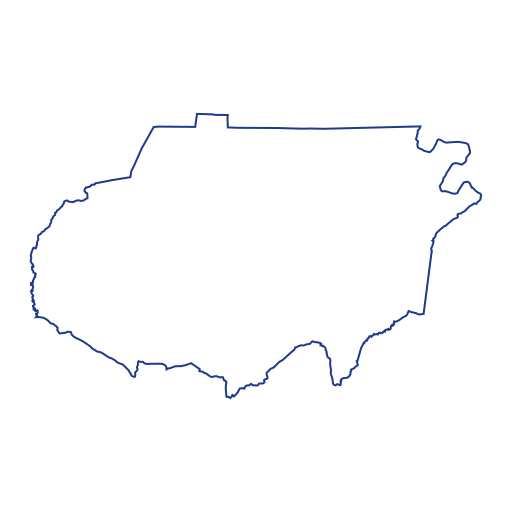 Bongo, Upper East, Ghana (Albers equal-area conic projection)
{"feature_id": "2480657B66034837272834", "entity_name": "Bongo", "entity_type": "district", "adm_level": 2, "iso_a3": "GHA", "parent_name": "Ghana", "parent_adm1": "Upper East", "projection": "albers", "projection_center": [-0.813, 10.917], "detail": "fine", "context": "isolated", "style": "outline", "palette": "blue", "viewbox_px": 512, "rotation_deg": 0, "n_neighbors": 0, "source": "geoboundaries", "source_scale": "gbopen_adm2", "svg_char_len": 5968}
<svg xmlns="http://www.w3.org/2000/svg" viewBox="0 0 512 512"><path d="M228.6,396.8L230.2,398.1L231.9,396.3L232.3,395.0L232.5,394.9L233.7,396.4L234.2,396.3L237.5,392.7L239.8,388.5L242.6,388.1L243.8,388.7L244.4,388.5L245.2,386.7L245.9,385.9L246.7,385.5L249.0,385.4L251.1,383.9L253.0,385.3L257.5,385.5L259.2,383.5L261.2,383.6L263.6,383.2L264.5,381.9L264.0,380.3L264.5,379.6L267.3,378.6L267.6,378.0L266.5,373.4L266.8,372.6L267.6,371.7L268.5,371.2L268.9,370.5L270.5,368.9L273.7,367.5L279.3,361.9L282.8,359.9L290.8,352.6L293.8,350.2L294.6,349.2L295.1,347.6L295.9,347.2L296.6,347.3L298.1,346.3L301.0,345.3L303.8,345.5L306.4,344.4L309.8,343.9L312.3,341.3L315.5,342.2L317.3,342.2L318.1,342.6L320.0,342.8L320.5,343.5L320.5,344.8L321.4,344.3L321.7,345.8L322.5,346.2L323.2,345.9L324.9,347.3L325.6,348.4L325.8,350.4L326.4,351.0L326.5,352.6L326.9,353.3L326.7,354.2L327.2,355.3L327.4,356.8L328.9,358.2L329.9,358.5L330.4,360.1L330.1,364.3L331.0,370.1L330.8,373.7L332.3,378.3L333.0,383.5L334.0,384.9L335.6,385.4L336.8,384.3L338.5,384.4L339.5,385.2L340.3,385.1L340.7,384.8L340.6,383.3L340.9,382.3L340.6,381.3L341.2,381.2L341.1,379.8L341.8,378.8L344.0,378.0L346.6,377.9L347.7,377.5L348.2,376.7L349.3,376.3L350.5,374.0L350.6,373.5L350.3,372.3L351.0,371.4L351.3,370.0L351.1,369.6L354.3,368.1L355.1,367.0L357.8,365.1L356.8,360.9L357.6,360.5L361.0,348.3L363.4,343.5L364.2,343.3L364.1,342.5L364.3,342.1L366.1,341.0L366.2,340.3L366.6,339.8L367.1,340.2L368.2,338.1L369.0,337.6L369.3,336.4L370.6,336.1L371.4,336.8L372.0,335.8L373.1,335.4L374.0,333.9L375.4,334.5L376.9,334.0L377.8,334.5L378.5,333.2L379.8,332.6L380.5,333.3L382.0,333.1L382.8,332.6L382.9,331.9L383.7,331.7L384.2,331.1L384.9,331.6L385.3,330.1L385.6,329.8L386.5,329.9L387.4,329.3L388.2,329.7L388.6,329.0L389.3,329.6L390.6,328.9L390.9,326.4L391.3,325.8L392.4,325.8L392.3,325.0L393.3,325.1L394.0,324.4L393.6,323.6L394.2,323.0L393.9,322.1L394.2,321.3L395.2,321.7L396.9,321.3L399.1,320.2L403.3,317.1L405.9,316.0L407.2,314.4L408.6,311.0L410.0,311.7L416.1,313.2L418.9,314.5L423.6,313.9L431.4,253.4L431.8,252.2L431.4,251.2L431.8,250.4L431.1,248.4L432.5,245.9L432.7,244.2L433.4,243.0L433.5,241.6L432.4,240.7L433.5,240.0L433.2,238.9L435.2,236.9L435.9,234.1L436.6,232.9L441.1,228.7L444.1,226.3L446.1,225.6L446.5,224.9L453.4,219.2L457.5,217.5L457.9,216.1L457.4,215.0L457.9,214.0L461.0,213.4L462.6,212.2L464.6,211.3L469.5,206.3L473.0,204.4L473.6,203.6L474.4,203.5L476.3,203.9L477.0,202.7L480.1,199.9L480.6,198.9L480.6,197.0L481.3,195.6L480.3,193.6L478.3,192.8L476.0,191.1L473.0,188.0L471.6,187.5L471.6,186.8L470.8,185.7L469.9,183.2L468.0,181.8L465.1,182.0L463.6,182.6L458.3,190.9L457.5,193.0L455.7,193.6L453.3,193.7L445.7,191.2L442.2,191.3L441.1,190.5L440.6,189.6L439.8,186.0L442.2,182.4L443.1,180.3L443.5,178.1L445.4,175.7L446.7,172.9L452.1,164.5L453.3,163.7L455.6,163.1L458.0,163.5L461.0,164.5L462.2,164.4L465.1,162.2L466.2,160.4L466.3,157.7L470.0,153.1L469.8,150.3L468.6,145.6L467.8,144.0L465.6,143.1L459.6,142.0L456.9,141.9L446.2,142.6L444.3,142.1L440.5,139.9L438.6,139.4L437.4,140.2L436.2,143.4L433.4,148.7L430.3,151.9L429.1,152.1L424.2,150.9L422.1,149.5L418.7,148.1L417.8,147.1L417.3,144.1L418.1,141.7L416.0,139.2L417.7,132.9L417.8,130.5L419.3,129.2L420.4,126.4L323.4,128.8L309.3,128.5L306.6,128.7L298.1,128.6L277.3,128.0L237.1,127.8L227.8,127.4L227.5,118.1L227.8,115.0L215.9,114.9L211.3,114.3L197.0,113.9L195.2,126.9L158.5,126.6L153.7,127.0L141.5,148.8L134.0,165.8L131.4,170.9L130.3,177.2L112.8,180.0L95.1,183.4L94.7,184.5L94.2,184.7L92.2,184.6L91.5,185.0L91.2,185.7L88.9,187.0L88.1,187.0L86.8,187.6L86.1,187.4L84.7,189.2L84.6,191.4L85.3,191.8L85.8,192.9L86.9,193.1L87.3,193.9L87.5,198.2L87.1,198.5L85.9,198.8L84.0,200.2L82.9,200.6L81.1,201.0L79.5,200.4L77.2,200.4L75.3,201.0L73.4,202.1L69.2,201.7L68.0,201.2L67.1,200.4L64.5,201.3L64.1,201.8L63.9,203.3L62.6,205.0L62.1,206.3L61.0,207.0L59.4,209.0L57.1,210.5L56.4,212.0L55.0,213.0L55.3,214.7L53.1,216.5L52.7,218.2L51.3,219.7L51.3,221.3L51.0,222.4L49.9,224.7L49.5,226.3L46.5,228.6L45.4,229.1L43.9,231.3L41.9,232.0L40.8,233.9L39.3,234.6L38.3,235.4L38.0,236.9L38.3,239.7L37.2,241.7L36.9,243.2L37.1,244.7L36.3,246.0L36.3,247.4L35.7,248.4L33.8,247.7L33.1,248.2L31.5,252.5L30.8,255.5L31.3,258.1L30.7,260.5L30.8,261.6L32.1,263.8L32.9,264.4L33.5,266.2L33.2,266.9L32.4,266.5L31.9,266.8L32.2,269.7L33.3,271.3L33.5,272.6L35.5,273.5L35.9,274.1L34.9,275.6L35.2,277.0L34.2,277.8L33.9,279.1L33.0,280.5L33.0,282.5L32.6,283.0L31.2,282.7L31.0,283.1L30.8,284.8L31.6,285.3L32.7,285.0L33.1,287.3L32.5,289.2L32.6,290.7L31.5,290.4L31.0,291.0L31.9,293.9L33.2,295.6L33.1,296.3L32.2,297.2L32.8,298.5L32.7,299.5L33.8,300.5L33.8,300.9L32.5,300.6L32.4,301.2L33.8,302.5L34.7,304.2L34.5,304.8L33.0,305.8L33.0,306.7L35.1,308.6L35.1,309.0L34.7,309.2L33.7,308.8L33.5,309.3L34.8,310.2L35.3,311.0L35.9,310.7L36.5,311.1L37.0,310.4L37.7,310.6L37.5,313.1L37.1,313.5L36.0,313.8L36.1,314.4L37.0,315.2L37.2,315.7L36.0,317.2L38.4,317.0L43.5,317.8L45.3,318.7L48.2,320.7L50.3,323.1L51.6,323.6L53.5,324.0L54.5,325.1L56.6,326.4L56.8,327.2L57.7,328.0L57.3,329.4L57.4,330.4L58.5,331.6L59.1,333.0L59.8,333.5L63.9,332.8L64.8,333.0L68.0,331.6L71.0,332.2L71.7,334.6L73.8,336.7L75.9,337.9L81.0,340.3L85.0,342.7L90.1,346.3L92.4,348.7L95.6,350.4L96.3,351.2L101.3,352.5L109.5,357.8L111.2,358.1L114.9,360.3L117.6,362.6L122.9,364.6L128.5,370.2L130.1,372.9L130.6,373.3L130.7,374.2L131.7,375.8L133.7,376.8L134.4,376.9L135.0,376.6L135.3,374.9L135.1,372.7L137.4,370.0L137.5,369.1L136.9,367.3L137.9,364.9L138.0,362.1L138.6,361.2L139.8,361.8L143.0,361.9L144.1,363.0L145.8,363.9L158.9,363.7L162.7,363.9L164.9,365.2L165.9,366.1L166.4,367.2L166.5,369.4L167.9,368.6L170.8,367.9L175.4,366.2L180.7,366.2L185.8,365.1L191.1,363.2L199.7,369.1L199.3,371.1L202.5,371.7L203.9,372.8L205.9,373.3L210.4,376.6L212.5,377.0L214.3,376.3L216.5,376.2L220.1,377.5L221.5,377.1L223.1,377.4L223.3,378.6L224.2,380.4L224.5,380.7L225.5,380.7L226.4,382.7L225.8,385.1L226.0,386.7L225.7,387.7L226.4,396.5L226.7,396.9L228.6,396.8Z" fill="none" stroke="#1e3a8a" stroke-width="2"/></svg>